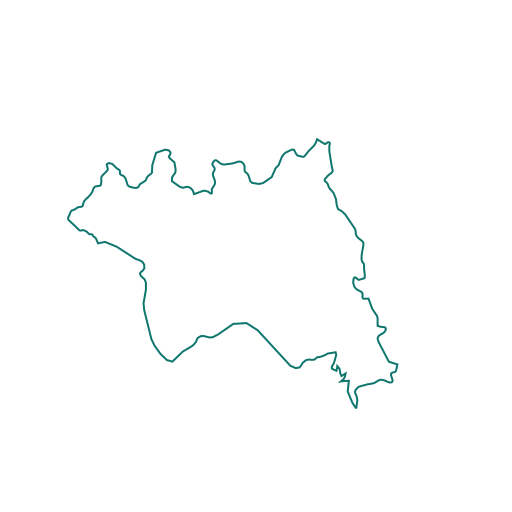 SVG path tracing the border of Sisacko-Moslavacka, rotated 31°
{"feature_id": "HRV-1587", "entity_name": "Sisacko-Moslavacka", "entity_type": "County", "adm_level": 1, "iso_a3": "HRV", "parent_name": "Croatia", "parent_adm1": "", "projection": "orthographic", "projection_center": [16.353, 45.412], "detail": "fine", "context": "isolated", "style": "outline", "palette": "teal", "viewbox_px": 512, "rotation_deg": 31, "n_neighbors": 0, "source": "natural_earth", "source_scale": "10m", "svg_char_len": 4695}
<svg xmlns="http://www.w3.org/2000/svg" viewBox="0 0 512 512"><g transform="rotate(31 256 256)"><path d="M379.2,313.5L377.9,311.7L378.0,308.9L377.6,306.3L375.7,299.4L373.8,297.5L367.5,302.9L366.8,304.4L364.9,307.2L362.5,309.9L360.7,311.1L359.4,314.8L357.1,316.4L354.6,317.5L352.3,319.8L351.0,323.8L351.1,326.6L350.8,329.0L347.9,331.6L342.0,332.4L295.8,318.8L282.4,318.4L271.5,325.9L263.9,342.8L260.8,347.8L258.3,349.7L252.2,351.6L250.0,353.1L248.3,356.1L248.3,358.0L248.8,360.1L248.3,364.0L247.3,366.7L242.5,375.5L240.0,384.9L238.7,389.6L233.1,391.1L224.5,389.1L215.6,385.3L209.1,381.1L187.9,359.8L183.9,354.4L179.0,341.6L175.4,335.6L172.5,333.4L167.5,332.3L165.5,330.8L165.6,329.2L166.5,326.8L166.6,324.0L164.6,321.0L161.8,319.6L159.3,319.5L154.0,320.5L131.8,319.8L119.3,321.7L114.1,326.5L114.0,326.4L110.0,323.6L109.2,323.2L108.2,323.0L107.2,323.0L106.4,322.9L105.8,322.6L105.2,322.2L104.6,322.0L104.1,322.0L102.0,323.1L101.2,323.1L100.3,322.8L98.8,322.4L95.5,322.5L94.7,322.8L94.0,323.2L92.7,324.5L92.0,324.8L91.5,324.9L76.3,321.5L75.7,320.8L75.1,319.3L74.9,316.6L74.5,314.8L74.4,313.3L74.5,312.0L75.6,310.9L77.2,308.4L78.1,306.1L81.2,303.5L81.6,302.7L81.4,301.3L80.9,300.1L80.6,298.7L80.5,297.1L80.8,295.5L81.9,291.5L82.3,289.6L82.6,287.6L82.6,285.6L82.4,283.8L82.0,282.2L81.9,280.6L82.4,279.2L86.0,276.2L86.3,275.6L86.3,274.7L85.6,272.9L84.8,271.4L83.4,269.2L82.9,268.1L82.8,267.0L83.0,265.3L84.5,259.9L84.5,258.6L84.0,257.5L81.8,255.4L80.9,254.3L81.1,253.2L82.4,252.0L85.5,251.1L91.6,252.6L94.6,252.6L95.7,253.4L97.1,255.6L98.3,256.0L100.6,255.7L102.2,255.8L104.2,256.8L106.2,258.4L108.2,260.3L109.3,261.2L110.8,261.7L112.6,261.6L117.2,260.0L118.8,258.9L119.6,257.2L119.6,254.1L122.0,249.4L122.6,247.7L122.0,245.0L122.4,242.8L122.9,241.4L123.7,239.5L123.9,238.0L122.7,236.1L121.6,233.7L120.4,231.9L117.2,219.0L123.4,211.6L126.8,210.4L128.1,210.7L129.1,211.2L129.8,212.0L130.1,213.1L130.1,214.3L130.0,215.4L130.8,216.1L131.5,216.6L137.8,217.7L142.5,223.2L143.8,225.8L143.9,226.9L143.7,228.1L143.6,232.1L145.5,235.2L155.1,235.9L158.4,235.1L160.2,233.1L162.0,231.8L163.8,231.5L166.1,231.7L167.8,232.3L168.8,232.9L171.0,234.9L177.4,227.1L179.0,226.2L181.8,225.5L184.7,225.8L185.4,225.6L185.8,224.9L185.3,224.0L184.9,223.3L184.1,222.3L183.7,221.0L183.8,216.1L183.2,214.3L181.9,212.6L178.0,209.4L177.1,208.5L176.5,207.3L176.3,206.0L176.2,203.6L175.7,202.5L174.7,201.6L172.7,200.9L171.8,200.4L171.2,199.4L170.9,197.7L171.1,196.1L171.7,194.9L172.9,194.4L177.9,195.0L180.1,194.7L181.8,193.9L188.4,188.6L192.2,184.3L193.0,183.6L194.5,183.0L195.8,182.9L197.6,183.3L199.9,184.8L201.8,188.0L202.6,189.0L203.5,189.5L205.9,189.8L207.4,190.4L209.1,191.6L210.7,193.2L212.6,194.8L215.1,195.3L221.3,192.8L224.4,190.0L228.8,180.3L227.6,170.7L228.6,166.4L227.1,157.6L227.4,154.5L228.1,152.2L231.7,146.7L232.9,145.7L234.0,145.5L238.0,147.9L239.6,148.4L240.3,148.4L244.7,147.0L245.6,146.5L246.1,145.8L246.2,145.2L247.1,138.7L248.8,132.0L249.0,130.0L248.9,128.5L248.8,127.1L248.2,124.5L257.4,124.6L257.8,124.1L258.8,121.9L259.1,121.4L259.5,121.1L260.1,120.9L260.9,121.1L261.6,121.8L262.1,123.8L264.8,128.3L274.6,140.0L278.0,143.6L278.0,145.7L277.1,147.7L276.3,150.0L275.5,154.1L275.7,155.6L276.5,156.3L278.2,156.5L280.2,157.2L282.8,159.3L284.7,160.4L287.3,161.0L290.2,162.2L295.4,166.2L298.9,170.7L301.1,172.7L302.2,173.5L306.5,173.4L311.3,174.5L326.9,181.8L328.1,182.8L330.6,186.1L332.2,187.2L334.4,187.9L339.9,188.6L341.4,189.6L342.3,191.0L345.6,199.6L346.6,201.8L348.5,204.9L349.9,206.1L351.9,206.9L352.7,207.4L353.2,207.9L355.5,211.7L358.9,216.1L360.1,218.0L360.4,219.2L356.4,223.5L355.3,223.6L354.5,223.5L353.8,223.3L353.1,223.2L352.4,223.2L351.7,223.4L351.3,224.2L351.5,225.6L352.9,228.6L354.6,230.4L356.5,231.8L358.2,232.5L360.2,232.7L364.8,232.5L366.5,233.2L367.4,234.4L368.6,236.7L369.4,237.3L370.6,237.0L374.4,234.6L382.7,241.3L390.6,245.1L392.0,246.4L392.4,246.9L396.2,253.2L399.0,252.6L402.2,251.1L403.2,250.8L404.2,251.0L405.0,251.8L405.4,253.7L405.1,255.5L404.7,256.7L403.6,258.5L402.5,260.7L402.4,261.9L402.4,263.3L402.9,264.3L405.3,266.5L424.4,278.2L433.0,276.1L435.0,281.7L435.1,283.0L434.7,284.1L433.4,285.2L432.7,286.1L432.4,287.3L433.4,288.9L436.7,291.8L437.4,292.6L437.6,293.6L437.3,294.4L435.8,295.6L432.9,296.2L430.9,296.3L429.6,296.6L426.8,297.7L426.2,298.2L425.3,299.3L422.7,304.1L419.1,307.5L417.9,308.3L412.0,314.5L411.3,315.5L410.9,316.5L410.4,319.7L410.7,321.1L411.7,322.5L414.0,324.0L417.1,327.3L420.4,335.0L420.5,335.1L414.4,332.3L404.4,324.9L399.8,315.1L398.4,316.2L394.8,318.6L393.4,319.8L394.3,317.1L394.6,315.1L394.2,313.1L393.3,310.6L391.1,314.8L388.7,313.2L385.8,309.7L382.4,308.5L383.4,310.7L384.0,313.0L379.2,313.5Z" fill="none" stroke="#0f766e" stroke-width="2"/></g></svg>